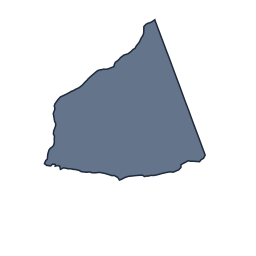 Santa Maria do Pará, Pará, Brazil, rotated 232°
{"feature_id": "56859067B50427608563835", "entity_name": "Santa Maria do Pará", "entity_type": "district", "adm_level": 2, "iso_a3": "BRA", "parent_name": "Brazil", "parent_adm1": "Pará", "projection": "natural_earth1", "projection_center": [-47.504, -1.366], "detail": "fine", "context": "isolated", "style": "filled", "palette": "slate", "viewbox_px": 256, "rotation_deg": 232, "n_neighbors": 0, "source": "geoboundaries", "source_scale": "gbopen_adm2", "svg_char_len": 1746}
<svg xmlns="http://www.w3.org/2000/svg" viewBox="0 0 256 256"><g transform="rotate(232 128 128)"><path d="M191.6,130.6L191.3,126.9L190.8,125.0L190.7,122.9L189.9,118.4L189.9,114.2L190.8,110.3L191.1,107.9L191.8,105.8L192.0,103.7L192.8,99.4L194.1,93.8L193.4,89.8L192.6,87.4L192.1,85.5L190.8,83.5L189.1,82.8L187.7,81.7L185.4,78.0L181.7,76.1L179.8,75.0L177.9,74.1L176.0,73.8L174.2,72.2L171.3,67.5L169.1,65.4L167.2,65.2L165.8,64.1L164.4,62.8L162.9,61.8L161.5,60.5L160.2,58.7L159.7,56.7L159.9,54.4L159.3,52.2L158.1,50.5L156.7,48.6L153.2,45.3L153.0,43.1L151.4,40.2L148.6,40.9L145.7,43.7L146.0,46.3L144.1,48.2L142.7,47.1L141.8,49.3L140.0,50.7L137.0,49.3L136.3,52.7L134.0,54.7L132.6,55.8L131.2,57.7L129.2,59.3L128.0,60.7L126.6,61.8L125.0,63.2L122.5,64.2L118.8,67.9L116.9,70.8L115.3,71.7L113.1,74.2L110.6,78.2L106.6,81.7L102.5,84.6L100.5,85.9L98.9,88.0L95.2,89.5L92.2,89.2L91.6,91.2L90.8,95.4L89.5,98.8L87.7,101.6L86.2,104.1L84.7,106.4L82.0,110.3L79.6,111.1L78.7,113.0L77.6,114.4L76.6,116.8L74.7,119.1L72.9,122.7L71.3,126.7L69.5,130.5L67.7,133.9L65.3,136.5L63.8,142.2L64.3,145.4L66.5,147.2L65.1,155.3L63.3,156.8L61.4,159.2L57.4,163.6L58.0,166.1L57.6,168.8L59.1,172.1L75.3,177.3L93.1,182.9L103.9,186.4L114.3,189.6L128.5,194.2L143.7,199.0L157.1,203.3L164.0,205.4L182.5,211.2L194.9,215.1L196.8,215.8L197.0,212.0L197.5,210.1L198.4,207.8L198.6,205.7L198.2,203.0L194.3,199.8L192.9,198.5L191.8,196.8L191.0,194.5L190.2,192.6L189.2,190.9L188.5,189.1L187.5,184.9L186.4,182.5L186.8,180.2L186.4,177.7L186.5,173.6L188.0,169.7L188.1,165.5L187.6,163.5L187.4,161.2L187.6,158.5L186.5,156.4L185.1,154.7L186.0,151.5L186.9,148.6L187.9,146.7L189.3,145.2L190.1,143.4L191.2,141.4L191.9,139.3L191.9,137.2L191.6,130.6Z" fill="#64748b" stroke="#1e293b" stroke-width="1.5"/></g></svg>